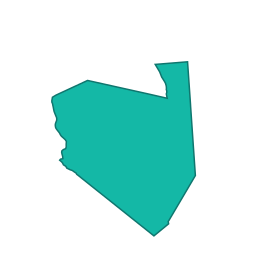 Colônia do Piauí, Piauí, Brazil, rotated 296°
{"feature_id": "56859067B77362904011032", "entity_name": "Colônia do Piauí", "entity_type": "district", "adm_level": 2, "iso_a3": "BRA", "parent_name": "Brazil", "parent_adm1": "Piauí", "projection": "natural_earth1", "projection_center": [-42.198, -7.273], "detail": "fine", "context": "isolated", "style": "filled", "palette": "teal", "viewbox_px": 256, "rotation_deg": 296, "n_neighbors": 0, "source": "geoboundaries", "source_scale": "gbopen_adm2", "svg_char_len": 964}
<svg xmlns="http://www.w3.org/2000/svg" viewBox="0 0 256 256"><g transform="rotate(296 128 128)"><path d="M197.1,124.6L192.3,131.9L188.6,135.9L185.9,140.3L184.6,142.1L182.6,143.9L180.8,145.0L179.3,145.6L178.3,146.6L176.8,147.3L175.4,147.5L171.9,150.2L167.3,130.5L153.0,70.8L125.9,48.8L122.5,46.6L119.1,47.6L117.8,48.3L116.8,49.5L115.7,50.3L113.8,51.8L112.3,52.9L110.4,54.4L107.1,58.0L105.9,59.4L103.8,60.5L100.8,60.8L99.6,61.0L98.1,61.7L96.5,62.9L95.6,64.3L94.6,66.3L93.6,68.4L92.2,70.3L91.4,71.8L91.0,73.3L90.0,76.7L88.9,78.5L86.2,79.6L83.8,80.8L82.1,81.0L80.2,79.3L78.4,78.6L77.1,79.0L75.4,80.3L74.0,81.6L71.9,82.9L70.4,81.0L69.1,80.7L68.5,83.1L67.8,84.6L66.6,86.1L66.3,88.9L65.1,90.6L65.1,94.4L65.4,96.5L65.0,98.8L64.7,101.1L63.9,102.2L63.6,103.8L62.4,109.1L42.4,198.6L59.7,206.5L61.6,205.1L62.8,205.3L65.5,205.5L102.1,208.4L114.8,209.4L143.6,192.8L174.7,174.9L177.2,173.5L213.6,152.5L197.1,124.6Z" fill="#14b8a6" stroke="#0f766e" stroke-width="1.5"/></g></svg>